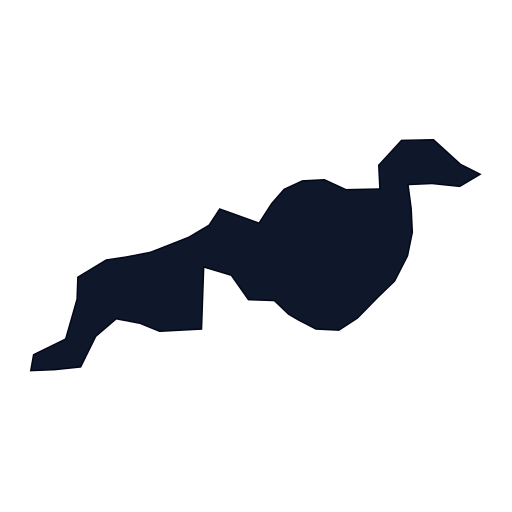 Nisou, Nicosia, Cyprus, rotated 272°
{"feature_id": "46923920B45466837348284", "entity_name": "Nisou", "entity_type": "district", "adm_level": 2, "iso_a3": "CYP", "parent_name": "Cyprus", "parent_adm1": "Nicosia", "projection": "equal_earth", "projection_center": [33.387, 35.036], "detail": "fine", "context": "isolated", "style": "filled", "palette": "ink", "viewbox_px": 512, "rotation_deg": 272, "n_neighbors": 0, "source": "geoboundaries", "source_scale": "gbopen_adm2", "svg_char_len": 750}
<svg xmlns="http://www.w3.org/2000/svg" viewBox="0 0 512 512"><g transform="rotate(272 256 256)"><path d="M133.6,34.9L135.4,58.8L139.0,84.6L170.1,98.6L188.4,118.5L184.7,142.4L177.4,162.3L181.1,204.1L212.1,204.1L243.2,204.1L235.9,232.0L212.1,250.0L212.1,275.9L198.9,290.7L193.3,301.2L185.1,318.5L184.8,341.4L197.5,359.5L219.4,379.5L235.9,395.4L261.5,407.4L285.2,411.4L309.0,409.4L332.7,405.4L334.6,429.3L332.7,457.2L345.5,477.1L354.7,457.2L378.4,429.3L376.6,397.4L351.0,375.5L327.3,377.5L325.4,343.6L334.6,321.7L332.7,299.8L323.6,281.8L309.0,269.9L288.9,257.9L301.7,218.1L285.2,208.1L272.4,188.2L256.0,150.4L250.5,126.5L246.8,106.5L228.6,78.7L206.6,78.7L166.4,68.7L149.6,37.2L133.6,34.9Z" fill="#0f172a" stroke="#020617" stroke-width="1.5"/></g></svg>